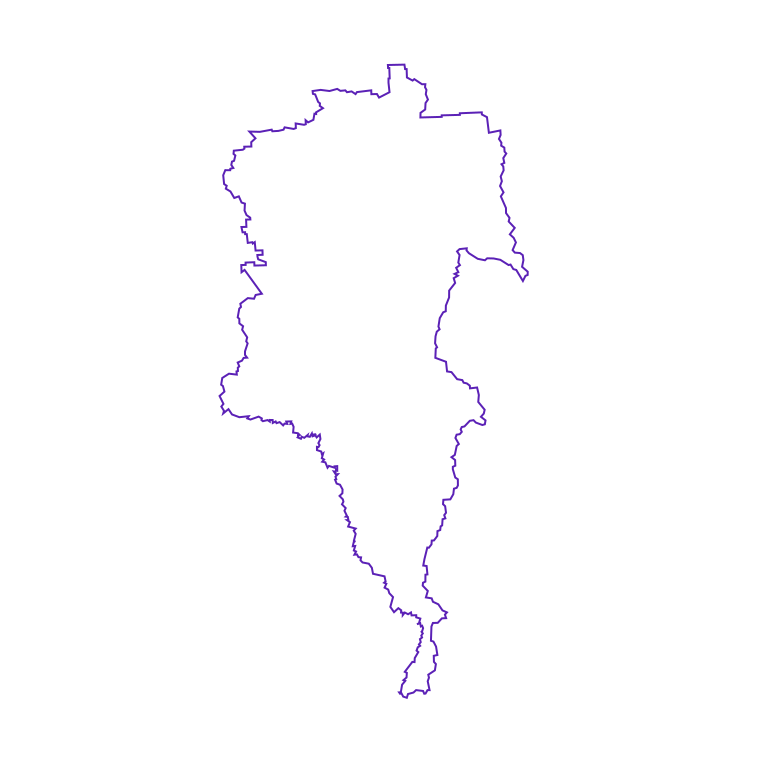 outline of Snowy Valleys, New South Wales, Australia, rotated 349°
{"feature_id": "25037944B29882714445476", "entity_name": "Snowy Valleys", "entity_type": "district", "adm_level": 2, "iso_a3": "AUS", "parent_name": "Australia", "parent_adm1": "New South Wales", "projection": "natural_earth1", "projection_center": [148.158, -35.943], "detail": "fine", "context": "isolated", "style": "outline", "palette": "violet", "viewbox_px": 768, "rotation_deg": 349, "n_neighbors": 0, "source": "geoboundaries", "source_scale": "gbopen_adm2", "svg_char_len": 6133}
<svg xmlns="http://www.w3.org/2000/svg" viewBox="0 0 768 768"><g transform="rotate(349 384 384)"><path d="M269.0,143.8L266.0,148.4L265.2,157.2L267.4,159.4L266.0,162.1L270.0,165.7L272.5,172.8L277.3,172.1L278.8,178.7L281.9,180.4L280.2,187.2L281.3,192.0L284.4,195.2L284.2,197.0L280.0,196.3L278.9,203.5L274.0,202.7L274.1,208.1L276.6,208.5L276.3,210.4L277.9,210.7L277.2,219.5L281.8,219.7L282.0,221.1L284.2,220.1L283.4,228.5L290.2,229.6L289.5,234.0L284.3,233.2L284.1,234.9L284.3,237.6L291.2,241.8L290.7,244.9L279.4,243.0L279.9,239.7L271.3,238.4L270.9,240.7L266.6,240.0L265.5,247.1L268.9,245.4L281.3,272.1L275.0,272.1L272.7,275.5L266.7,273.7L258.3,277.8L258.3,281.1L256.3,282.4L253.1,290.7L254.4,292.4L253.6,296.9L256.7,300.4L255.1,303.7L258.6,312.1L256.9,315.8L257.9,318.1L253.8,325.4L253.1,328.9L254.6,332.0L251.2,331.6L249.0,334.0L244.5,335.0L245.3,339.1L243.6,340.1L243.1,343.4L241.6,343.5L241.3,346.7L233.8,344.3L226.4,347.2L224.0,353.6L225.5,355.3L225.9,361.0L220.3,364.4L222.6,372.9L220.0,375.1L221.8,379.8L220.6,382.2L226.5,379.0L229.0,384.9L235.7,389.0L245.1,389.8L243.2,391.7L246.1,393.4L254.7,392.1L257.5,394.5L256.8,396.0L258.0,397.4L262.8,397.2L264.7,399.1L265.0,397.5L267.8,398.1L267.4,401.0L270.5,400.1L271.0,401.9L274.3,401.5L277.1,405.4L278.8,403.9L281.4,404.7L280.9,402.2L285.8,403.0L284.6,405.3L286.3,405.3L287.1,408.8L285.5,414.3L290.1,415.9L291.4,417.8L289.1,417.6L290.4,418.4L289.0,419.9L292.0,421.9L293.1,420.1L295.5,421.6L299.3,419.5L298.7,420.7L301.1,421.7L303.8,418.7L303.9,421.7L305.5,421.4L305.9,419.3L306.0,420.9L306.7,420.3L307.8,420.3L306.7,420.9L307.7,423.6L311.3,421.4L311.1,425.9L308.3,429.5L309.1,431.7L307.6,433.5L306.2,432.9L305.6,436.1L309.5,438.3L309.6,441.0L311.1,440.4L308.8,445.0L310.8,446.7L308.6,448.5L311.5,449.7L312.6,455.4L314.3,453.9L319.8,456.9L319.8,455.4L322.4,455.7L321.6,459.9L320.6,458.8L319.8,461.0L318.1,460.3L319.3,463.3L321.5,463.7L318.7,465.7L319.0,468.4L317.7,468.6L318.5,472.7L321.6,474.5L323.2,479.6L322.3,483.3L319.0,485.4L321.6,489.4L321.7,491.8L319.8,494.1L322.7,498.5L321.0,500.9L322.4,506.2L321.2,506.9L323.1,507.6L323.1,510.6L321.7,510.5L324.2,513.1L321.6,517.1L328.6,520.5L326.3,522.2L327.6,525.7L324.6,532.0L325.7,533.4L324.4,532.8L322.4,537.3L324.8,537.5L322.6,541.7L324.6,543.1L322.4,545.9L324.9,546.1L325.9,549.1L328.4,549.8L327.3,552.6L328.9,555.1L334.8,557.5L337.0,562.1L337.0,568.2L347.8,572.9L347.9,578.1L346.2,579.1L348.2,580.5L345.7,584.0L348.9,586.6L349.3,590.4L352.2,594.9L347.7,604.0L350.3,609.9L355.3,606.8L357.7,609.4L357.1,611.6L358.8,612.0L358.3,614.5L360.8,612.3L363.7,614.6L366.9,613.4L366.9,616.4L371.5,617.1L371.1,619.2L374.9,621.2L372.6,625.6L370.5,626.1L373.9,625.7L373.9,629.0L375.3,628.6L375.8,631.1L374.1,634.3L373.2,633.7L374.5,636.2L372.6,638.1L373.0,640.1L370.6,641.3L370.8,644.4L368.6,646.3L369.5,647.9L366.9,648.9L365.1,651.9L366.5,653.7L361.9,658.9L360.9,662.8L358.8,662.2L349.5,670.5L351.3,671.9L350.1,676.4L346.6,678.4L348.2,679.5L344.4,682.6L341.7,689.8L340.0,689.6L340.7,691.1L342.0,690.5L343.2,694.5L346.5,696.4L348.4,692.9L354.1,692.5L357.1,690.6L363.8,692.8L364.4,695.7L365.7,695.8L368.3,692.8L370.3,693.2L370.2,684.1L372.1,680.9L372.0,677.8L379.3,674.8L381.5,668.8L380.0,666.3L381.0,660.3L384.7,660.2L385.0,651.7L383.4,646.3L381.1,645.0L384.3,631.1L386.4,627.9L391.2,628.7L396.1,625.1L400.3,625.7L399.8,622.0L402.2,620.2L398.2,617.4L395.3,610.6L390.5,607.1L389.9,603.5L384.4,601.5L387.5,595.5L383.5,589.3L384.4,586.5L386.9,585.9L388.3,579.1L390.3,579.2L391.1,570.8L387.9,569.7L390.3,563.6L395.3,552.8L396.8,553.3L400.0,550.5L401.0,546.8L403.2,547.1L407.3,543.4L408.4,538.6L411.3,538.1L412.4,534.6L414.1,533.9L415.7,527.9L418.6,527.6L418.1,524.2L420.3,522.2L420.7,515.6L419.0,513.2L420.2,509.0L427.1,509.9L431.0,505.4L432.7,500.1L435.5,499.8L437.2,497.7L438.3,491.6L436.1,489.4L435.3,480.7L435.8,478.4L438.4,477.8L439.3,472.2L436.3,468.7L440.0,467.1L443.5,458.7L446.0,457.2L443.8,450.6L445.6,447.6L448.8,447.7L451.2,445.8L450.6,443.2L452.1,441.1L454.9,441.0L461.2,436.5L465.0,436.6L466.8,439.4L472.7,443.0L475.3,442.8L476.7,439.1L472.9,434.7L476.3,432.1L477.9,428.5L473.1,419.6L475.0,412.9L474.7,405.2L467.6,404.7L467.9,402.0L465.4,399.2L462.4,397.9L461.6,395.1L456.7,393.2L452.5,385.2L448.3,383.7L449.1,374.0L439.4,368.1L441.6,359.0L443.1,358.1L441.9,353.8L443.7,347.0L445.8,342.7L449.0,340.9L448.4,338.0L451.3,330.0L455.8,324.9L458.5,324.4L459.7,318.8L464.4,311.5L465.8,304.7L473.1,298.4L472.6,293.4L477.2,291.8L474.3,289.4L478.3,288.4L477.0,283.7L481.2,281.8L480.1,279.0L482.8,271.8L481.0,267.8L483.9,266.0L491.1,266.6L490.5,268.6L492.3,271.8L499.9,279.0L506.7,281.8L509.3,280.3L515.6,281.7L521.9,284.3L529.0,291.0L531.0,290.9L532.9,295.9L535.6,297.3L540.0,309.4L543.5,304.8L545.8,304.4L546.5,301.2L541.9,295.3L544.5,289.0L544.8,284.0L542.5,281.4L537.5,280.0L535.8,277.1L540.5,270.2L539.2,265.3L536.1,261.1L542.1,255.7L537.4,248.3L538.9,244.9L536.4,239.5L537.3,234.5L534.5,222.1L537.9,218.7L535.7,211.8L538.4,207.4L538.1,202.6L542.2,197.1L542.6,193.2L541.3,190.7L544.3,189.9L544.2,185.0L548.0,181.1L546.7,178.9L547.2,174.9L544.5,172.4L545.3,169.5L543.6,165.4L546.0,161.8L546.6,157.3L534.9,157.4L536.0,141.7L531.5,138.1L531.8,136.0L510.1,132.7L509.8,134.3L491.9,131.3L491.6,132.8L470.6,129.3L471.6,124.8L476.8,122.4L478.4,116.1L481.4,113.2L480.3,107.5L481.8,103.4L480.9,100.5L481.8,97.6L478.5,97.0L471.9,90.5L470.0,91.6L465.0,87.5L466.3,79.2L464.8,78.9L465.0,74.4L448.7,71.6L448.3,74.6L449.5,74.8L447.9,85.1L446.7,85.0L445.9,89.1L445.1,98.6L433.8,101.9L432.4,98.0L426.9,97.1L427.5,93.3L413.1,92.3L411.4,94.0L408.0,90.6L403.3,90.5L402.1,88.4L397.1,87.9L394.4,85.4L386.4,86.0L377.9,83.2L369.8,82.8L369.6,85.6L371.7,86.6L373.2,94.6L374.7,96.3L374.0,98.7L376.7,101.6L369.1,104.4L368.9,106.0L367.3,105.4L365.1,111.2L359.4,112.7L357.4,110.1L356.8,114.1L355.0,114.3L347.0,111.4L346.3,116.0L344.0,116.4L335.4,113.1L333.9,115.2L328.6,115.4L322.6,114.6L322.3,112.9L310.3,112.8L300.0,110.5L304.7,118.3L299.8,121.3L299.1,125.6L292.1,124.4L291.9,126.3L290.1,127.1L281.1,126.3L280.2,129.4L281.7,131.3L279.4,136.3L277.2,136.7L275.9,139.8L277.3,143.2L274.2,143.4L273.8,144.8L269.0,143.8Z" fill="none" stroke="#5b21b6" stroke-width="2"/></g></svg>